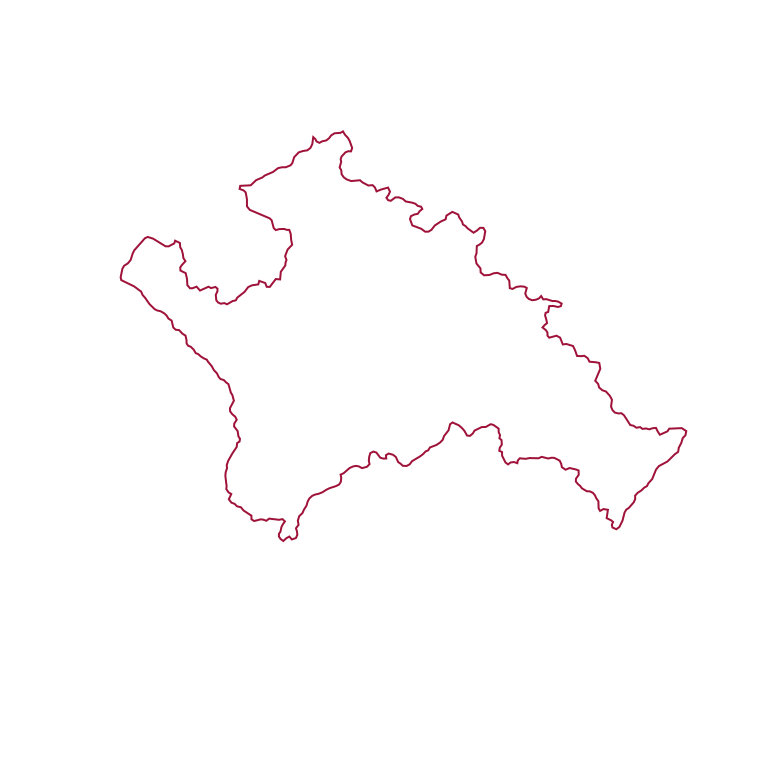 Jucuruçu, Bahia, Brazil (Albers equal-area conic projection), rotated 34°
{"feature_id": "56859067B84461120097776", "entity_name": "Jucuruçu", "entity_type": "district", "adm_level": 2, "iso_a3": "BRA", "parent_name": "Brazil", "parent_adm1": "Bahia", "projection": "albers", "projection_center": [-40.091, -16.878], "detail": "fine", "context": "isolated", "style": "outline", "palette": "rose", "viewbox_px": 768, "rotation_deg": 34, "n_neighbors": 0, "source": "geoboundaries", "source_scale": "gbopen_adm2", "svg_char_len": 6165}
<svg xmlns="http://www.w3.org/2000/svg" viewBox="0 0 768 768"><g transform="rotate(34 384 384)"><path d="M187.3,218.9L190.4,225.2L191.0,229.4L189.8,233.1L186.5,236.2L183.8,239.6L182.7,246.2L184.5,252.3L184.2,255.0L181.4,259.2L178.3,261.3L175.5,264.2L173.4,270.3L168.6,277.8L167.7,280.7L164.0,286.5L162.4,293.8L154.0,300.1L155.2,303.0L159.5,302.0L162.2,302.5L167.0,307.4L171.1,313.4L175.4,314.7L196.5,310.6L199.3,311.1L205.4,316.4L208.2,316.9L210.7,314.0L214.7,311.2L217.2,310.6L219.3,309.2L222.8,311.8L226.5,316.5L230.0,319.9L228.9,326.4L230.5,333.3L233.8,335.7L234.4,338.2L235.9,341.0L235.7,348.7L239.4,355.4L235.6,357.5L235.0,367.4L232.4,369.0L229.1,366.7L222.9,368.3L224.1,371.7L219.4,376.0L217.2,379.6L216.9,385.5L214.0,394.6L214.4,397.4L212.0,400.1L209.3,405.7L206.4,406.2L203.8,408.7L200.9,409.2L198.2,408.4L194.7,404.2L194.1,400.4L192.7,398.1L190.0,397.8L187.0,401.2L184.1,401.5L179.2,409.4L174.2,408.1L171.7,411.7L169.6,413.1L165.7,412.0L161.9,407.0L157.6,403.0L151.8,403.8L149.9,401.3L149.9,398.5L150.7,393.2L147.3,391.8L144.5,388.7L141.5,386.0L138.6,384.6L135.9,381.2L130.7,382.0L131.5,384.7L128.5,390.3L126.0,392.0L111.4,392.6L105.9,394.2L104.3,396.8L102.2,412.8L102.7,416.4L104.6,422.8L104.2,427.2L102.4,431.4L102.7,434.8L106.0,442.8L108.1,444.8L122.3,442.8L131.0,443.2L134.1,445.2L137.7,446.1L144.9,448.9L152.0,450.2L154.7,449.9L158.2,448.6L162.3,448.3L165.4,448.8L168.7,450.3L172.5,450.2L177.7,455.0L181.0,455.5L183.9,453.9L188.8,455.0L192.4,454.9L195.6,457.9L197.7,460.8L200.2,461.8L202.9,461.2L207.0,461.9L210.6,463.7L213.2,463.1L216.6,463.6L220.5,463.5L223.5,462.9L225.8,464.0L231.1,465.5L235.2,467.6L239.6,468.6L243.2,470.7L245.7,471.3L249.0,470.3L252.3,471.0L255.1,471.1L262.0,476.9L264.4,477.9L268.9,481.8L269.8,490.1L271.7,492.7L275.1,493.9L278.9,494.3L281.9,496.0L282.0,500.5L283.4,503.0L289.0,504.9L292.7,508.9L295.2,509.9L296.4,512.4L295.3,515.1L297.1,518.6L297.1,526.3L297.8,534.9L299.0,539.2L300.9,541.5L302.1,545.7L303.8,548.8L310.7,556.8L312.0,559.3L315.8,560.8L318.9,560.6L319.8,566.3L323.9,567.7L327.1,566.9L330.5,567.6L334.3,566.2L338.2,567.4L347.7,567.3L349.8,570.3L353.0,570.2L357.4,565.2L359.9,563.9L362.9,563.2L364.1,559.8L372.9,555.3L375.4,552.8L378.7,553.3L378.6,557.1L379.0,560.1L380.7,564.2L380.7,567.0L382.2,569.2L384.9,570.3L388.3,570.5L389.3,566.4L390.8,563.4L394.5,564.4L397.1,561.0L396.5,557.5L394.2,554.8L391.7,552.9L391.9,548.5L389.0,545.5L387.6,540.9L388.6,536.5L387.9,533.0L387.8,528.3L386.5,524.3L386.1,520.6L387.0,516.9L388.6,514.3L391.1,511.7L393.5,508.2L395.3,504.0L397.2,500.7L401.2,495.6L403.0,492.4L402.9,489.2L400.9,485.5L398.7,483.4L400.4,480.6L402.5,472.8L404.5,469.6L406.5,467.6L409.1,466.4L412.9,466.0L416.2,462.1L416.8,458.5L414.3,456.1L412.4,452.5L411.3,448.9L413.1,445.9L416.0,445.1L422.2,447.2L425.2,446.2L427.5,444.5L425.4,441.9L426.8,439.0L431.2,437.6L434.7,437.9L439.4,440.8L442.3,440.8L445.3,441.3L448.6,439.3L450.2,436.2L450.4,432.3L454.3,424.0L455.6,420.3L456.2,416.6L457.7,414.4L457.6,410.9L461.5,405.3L463.2,401.3L463.9,397.4L462.9,393.6L463.4,386.3L461.3,380.4L462.3,377.6L469.1,376.4L473.1,376.9L476.7,377.8L481.7,380.3L484.3,378.9L485.3,375.3L485.1,372.0L489.1,365.1L492.4,362.7L494.9,357.7L497.6,356.7L504.0,356.9L506.0,359.8L508.8,361.5L510.0,364.4L512.8,364.8L515.6,368.4L515.6,372.0L516.9,374.9L519.9,374.4L522.0,377.4L528.5,381.1L531.8,381.3L532.8,378.3L535.4,376.0L538.8,375.1L537.7,372.7L538.1,369.7L543.3,366.8L546.1,364.0L553.6,359.2L555.5,356.2L561.7,354.0L564.3,351.3L566.6,350.0L572.5,349.3L575.4,351.0L578.0,353.5L582.5,353.5L584.8,349.9L591.0,347.5L593.7,346.9L596.2,350.4L596.1,355.2L597.6,357.6L601.0,358.6L603.7,358.8L606.3,359.8L612.1,359.5L614.7,357.9L618.0,357.4L621.1,358.3L624.0,360.1L627.3,361.3L631.4,367.0L634.1,368.4L635.9,364.9L640.0,363.1L643.6,370.7L648.6,370.0L651.1,370.3L651.6,373.3L653.6,375.2L657.8,374.5L659.1,370.9L658.1,363.8L655.3,356.0L655.1,352.7L656.3,349.7L657.2,342.4L656.6,338.9L654.6,336.1L655.2,332.2L656.9,328.3L657.7,324.4L659.1,321.6L658.7,318.5L659.5,312.8L657.4,302.9L657.8,298.3L662.3,289.8L664.4,279.5L665.8,275.8L664.0,271.9L663.4,266.6L661.9,261.7L662.6,258.0L660.9,254.0L655.5,254.1L645.4,261.6L645.5,264.7L641.1,271.8L637.7,270.4L634.0,268.3L631.4,270.5L629.3,273.2L626.0,274.4L623.4,276.7L620.5,276.5L617.7,279.1L614.2,279.1L611.1,280.3L600.4,275.7L597.1,275.5L594.9,277.3L591.4,278.6L588.1,277.9L584.9,275.8L581.8,269.6L577.8,267.5L572.2,266.1L568.5,267.1L564.3,266.6L561.5,264.2L557.3,263.2L554.8,250.4L550.7,246.2L547.7,247.4L541.9,250.6L538.4,248.7L534.3,248.6L531.7,250.8L528.4,252.8L523.4,249.1L519.5,246.8L512.9,248.8L510.1,251.2L504.1,247.1L500.0,247.5L495.1,253.2L492.5,252.5L490.7,249.9L488.0,248.8L483.8,248.5L484.2,245.4L485.1,242.3L482.4,239.7L479.2,237.1L478.2,234.6L479.8,232.5L477.4,227.0L481.0,224.5L485.1,222.9L487.1,220.6L486.3,218.0L482.4,218.3L479.4,219.5L477.4,221.0L471.1,222.9L468.7,224.8L465.1,223.2L464.7,226.2L462.8,229.2L460.0,231.7L456.5,232.5L453.5,232.0L450.5,230.0L448.7,224.6L446.0,224.8L442.7,226.6L439.5,229.4L437.4,233.3L434.7,234.2L430.0,228.2L427.4,227.4L423.7,225.6L420.5,227.5L415.9,228.4L413.0,230.9L410.4,234.7L406.2,237.9L401.8,237.5L399.3,234.2L393.3,232.4L388.6,227.6L387.6,223.9L383.8,217.7L385.2,215.1L386.2,212.0L385.8,208.0L382.5,200.7L379.1,199.0L376.3,200.8L375.2,205.0L373.6,208.5L366.2,208.2L363.4,207.5L360.3,207.6L357.7,205.6L353.1,203.8L350.8,202.0L344.4,203.1L341.6,209.5L343.0,213.0L340.2,217.6L337.5,224.1L337.1,229.8L335.6,232.9L333.0,234.7L328.0,234.5L318.8,236.7L313.3,232.7L312.5,229.8L314.3,226.6L316.8,224.1L316.9,220.7L317.9,217.5L315.6,216.3L312.3,217.5L309.3,217.0L306.0,217.9L300.0,220.5L296.1,220.0L291.9,221.0L289.0,223.0L287.2,228.3L284.7,229.3L281.9,228.3L282.0,224.6L281.4,221.2L277.5,218.9L272.7,224.6L270.1,228.5L266.7,226.2L263.4,225.5L260.0,228.2L253.4,228.9L250.2,228.5L243.3,234.1L238.4,235.3L234.9,235.1L231.6,233.8L229.0,230.7L226.1,229.2L224.3,223.8L222.4,221.9L221.6,219.2L222.5,213.5L224.2,211.0L226.6,209.6L225.6,206.1L219.6,201.7L216.4,200.1L212.3,199.2L208.7,197.5L207.5,200.1L202.8,203.8L201.2,207.4L201.0,211.1L199.9,214.4L197.1,217.3L195.6,220.2L192.4,220.6L190.0,219.3L187.3,218.9Z" fill="none" stroke="#9f1239" stroke-width="2"/></g></svg>